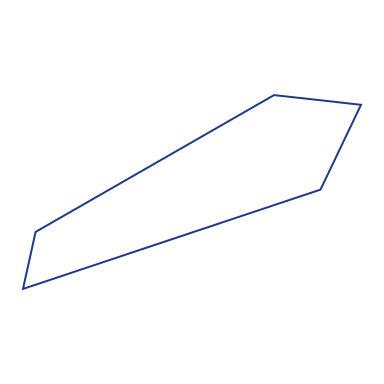 the border of Anguilla
{"feature_id": "AIA", "entity_name": "Anguilla", "entity_type": "country or territory", "adm_level": 0, "iso_a3": "AIA", "parent_name": "North America", "parent_adm1": "", "projection": "orthographic", "projection_center": [-63.054, 18.221], "detail": "fine", "context": "isolated", "style": "outline", "palette": "blue", "viewbox_px": 384, "rotation_deg": 0, "n_neighbors": 0, "source": "natural_earth", "source_scale": "50m", "svg_char_len": 196}
<svg xmlns="http://www.w3.org/2000/svg" viewBox="0 0 384 384"><path d="M320.5,189.6L23.0,288.9L35.6,231.9L274.0,95.1L361.0,104.8L320.5,189.6Z" fill="none" stroke="#1e3a8a" stroke-width="2"/></svg>